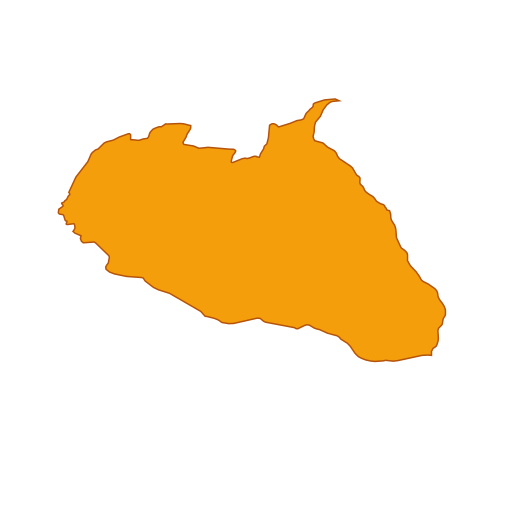 map outline of Casanare (Equal Earth projection), rotated 60°
{"feature_id": "COL-1422", "entity_name": "Casanare", "entity_type": "Intendancy", "adm_level": 1, "iso_a3": "COL", "parent_name": "Colombia", "parent_adm1": "", "projection": "equal_earth", "projection_center": [-71.807, 5.325], "detail": "fine", "context": "isolated", "style": "filled", "palette": "amber", "viewbox_px": 512, "rotation_deg": 60, "n_neighbors": 0, "source": "natural_earth", "source_scale": "10m", "svg_char_len": 3716}
<svg xmlns="http://www.w3.org/2000/svg" viewBox="0 0 512 512"><g transform="rotate(60 256 256)"><path d="M163.1,106.4L160.4,112.4L160.0,114.2L160.0,115.6L160.6,119.3L163.0,124.7L167.2,130.4L169.8,137.4L171.4,139.1L173.3,140.8L177.6,143.6L181.0,146.8L183.7,147.5L185.5,147.5L191.6,141.5L197.5,139.6L203.7,135.7L205.9,135.1L208.1,135.1L210.1,135.5L213.5,135.1L225.2,129.3L228.0,128.4L236.2,128.4L238.6,127.2L240.2,126.9L241.3,127.4L244.2,129.3L245.8,129.8L249.0,128.8L250.9,128.7L253.3,129.1L256.0,128.6L260.3,126.6L261.8,125.7L263.5,124.9L265.6,124.5L268.9,124.3L272.8,122.1L275.4,119.9L276.7,119.5L277.9,119.8L279.6,119.4L281.5,119.7L283.6,117.7L287.2,118.5L290.6,120.3L293.1,120.8L299.0,120.6L302.6,121.5L310.4,125.2L320.7,126.2L321.9,126.1L324.3,124.9L326.6,124.1L328.8,123.7L330.6,124.1L335.0,126.6L335.5,127.1L341.5,127.2L349.9,125.2L355.5,124.7L359.5,124.8L361.8,123.9L366.3,120.9L373.8,117.4L376.5,116.9L378.7,117.2L382.1,118.6L383.8,118.8L386.7,118.8L389.8,118.3L393.5,118.2L396.3,118.6L397.8,119.1L401.4,121.2L402.3,122.2L403.6,124.7L404.4,125.7L407.6,128.3L408.5,129.3L409.0,130.9L409.4,132.4L409.9,134.1L411.4,135.7L418.6,139.3L420.7,140.9L423.2,143.6L424.1,144.9L424.4,146.3L424.5,148.8L426.3,151.7L429.8,153.7L427.6,156.9L425.1,161.8L417.5,185.5L415.7,189.7L411.1,196.0L410.5,198.1L406.8,205.7L404.3,209.2L401.0,212.8L397.3,215.8L394.2,217.7L389.7,218.9L381.2,219.5L377.2,220.5L370.4,224.1L367.9,224.5L365.7,225.6L358.7,232.6L351.5,237.8L349.3,240.1L347.3,241.7L342.6,244.3L340.9,246.5L340.4,249.2L339.9,256.1L339.0,257.6L337.3,258.5L318.2,280.7L316.4,282.0L312.1,283.6L310.4,286.1L303.2,309.2L300.9,313.5L299.6,315.0L296.7,318.6L295.3,319.4L293.9,319.9L292.0,321.0L289.0,323.4L283.7,328.9L282.8,330.2L276.4,331.5L245.0,349.6L236.5,357.4L231.9,360.5L222.2,364.5L220.9,364.6L219.6,364.6L218.5,364.8L217.4,365.9L209.0,378.3L200.7,387.6L196.6,390.9L192.5,392.5L190.3,391.6L189.1,389.5L188.2,387.4L184.1,383.9L182.9,383.3L181.7,383.4L164.3,388.4L162.9,389.3L158.2,399.0L155.8,399.8L153.0,399.3L151.0,397.4L145.8,401.3L143.2,402.2L142.1,399.9L141.5,399.0L140.1,398.2L138.5,397.6L137.3,397.4L136.7,398.2L134.3,403.9L133.4,404.4L132.7,403.8L132.1,402.8L131.3,402.3L131.0,402.5L130.7,402.9L130.3,403.3L129.5,403.4L125.3,402.4L124.3,402.3L123.4,402.8L121.9,404.7L121.3,405.3L120.1,405.6L119.3,405.3L116.9,403.4L116.5,399.4L116.3,398.2L115.5,397.7L114.6,397.8L113.8,398.1L113.0,397.9L113.0,397.0L113.2,396.2L113.2,395.0L112.5,393.7L112.5,392.7L112.2,391.5L110.3,388.7L109.9,387.6L109.9,386.9L109.4,386.4L108.9,386.2L107.3,386.3L97.6,372.5L90.2,354.4L85.3,347.8L84.6,346.2L83.9,341.9L84.4,339.3L82.2,330.9L82.5,328.0L84.3,321.6L84.6,315.0L86.3,305.4L86.9,304.3L88.5,304.0L92.5,306.4L95.1,302.6L96.9,300.3L97.5,298.7L98.2,295.3L99.8,291.2L99.0,289.3L96.3,286.5L95.3,284.0L94.7,281.9L94.8,279.9L95.3,276.7L95.6,275.4L96.0,274.5L96.8,273.4L96.4,268.2L97.3,266.9L103.3,255.5L105.1,252.9L106.8,251.0L107.9,250.0L110.4,247.3L112.6,248.6L113.5,249.9L116.1,254.9L118.1,257.2L121.1,262.5L123.2,262.8L129.5,255.1L134.1,251.6L135.6,248.5L137.9,243.2L149.9,226.0L152.4,222.0L153.7,221.2L154.8,221.0L155.6,221.8L156.2,223.0L157.2,225.5L157.9,226.5L160.3,228.9L161.7,230.1L162.6,230.4L163.4,229.5L164.8,219.5L165.2,218.2L165.8,216.5L167.2,214.9L167.7,213.2L168.1,211.2L168.5,208.6L169.0,207.2L169.8,206.0L170.6,205.6L172.2,203.7L169.7,200.9L167.2,196.1L165.1,193.9L164.3,190.5L159.9,186.2L149.5,178.8L149.5,175.9L150.2,174.7L151.3,173.6L153.0,172.7L155.4,172.0L155.8,170.8L158.2,160.1L159.2,152.8L160.7,148.9L161.0,146.1L157.8,141.7L157.1,139.8L156.7,137.9L156.0,136.0L155.4,132.5L154.8,131.6L153.1,130.4L152.9,129.3L153.0,127.9L155.1,118.6L159.6,108.9L163.1,106.4Z" fill="#f59e0b" stroke="#b45309" stroke-width="1.5"/></g></svg>